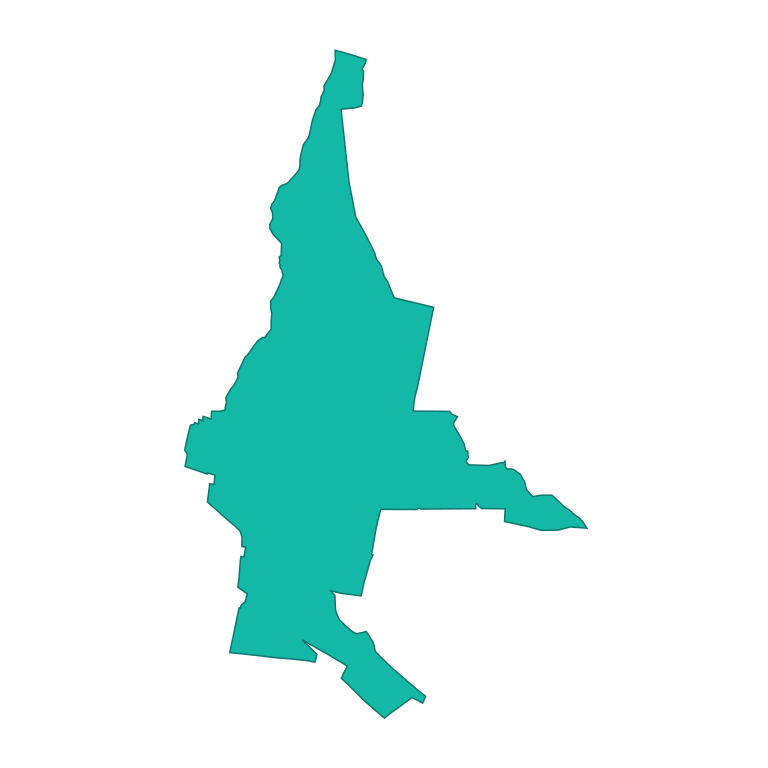 Chicoloapan, México, Mexico (Albers equal-area conic projection), rotated 269°
{"feature_id": "50627088B10015093996053", "entity_name": "Chicoloapan", "entity_type": "district", "adm_level": 2, "iso_a3": "MEX", "parent_name": "Mexico", "parent_adm1": "México", "projection": "albers", "projection_center": [-98.886, 19.397], "detail": "fine", "context": "isolated", "style": "filled", "palette": "teal", "viewbox_px": 768, "rotation_deg": 269, "n_neighbors": 0, "source": "geoboundaries", "source_scale": "gbopen_adm2", "svg_char_len": 5787}
<svg xmlns="http://www.w3.org/2000/svg" viewBox="0 0 768 768"><g transform="rotate(269 384 384)"><path d="M718.5,341.0L708.7,341.0L698.8,337.7L695.9,336.9L687.3,331.8L683.0,329.2L678.7,329.4L671.8,325.9L669.5,325.9L663.9,324.4L659.1,320.7L651.4,317.9L649.2,317.1L640.7,315.1L636.4,314.2L631.8,312.9L624.5,307.4L610.8,304.0L603.7,303.7L599.9,303.0L595.4,299.4L586.3,290.9L584.3,285.0L582.1,282.6L576.4,280.5L568.9,277.6L565.8,275.0L561.8,273.7L557.5,275.4L551.6,275.8L545.5,272.6L541.3,272.6L538.4,274.2L535.5,275.8L527.2,283.4L526.0,284.0L525.2,284.1L523.7,283.9L521.1,283.7L518.2,283.6L515.4,283.4L515.1,283.8L514.7,283.9L514.4,283.8L514.3,283.7L513.2,281.8L513.0,281.6L512.8,281.5L512.6,281.5L512.3,281.5L511.8,281.5L511.7,281.5L510.1,282.1L508.0,281.6L506.6,281.3L504.8,282.6L503.7,281.9L503.3,281.9L501.7,282.6L500.6,283.2L499.7,283.8L499.0,284.1L498.8,284.1L498.6,284.2L498.3,284.2L497.2,284.2L494.8,285.0L494.1,285.0L493.6,284.9L493.0,284.8L491.8,284.2L491.1,283.8L490.3,283.3L488.7,282.7L487.7,282.5L486.1,281.9L484.4,281.1L472.7,275.4L468.8,272.1L460.8,272.1L456.6,273.0L447.0,272.2L440.6,272.1L439.0,270.7L432.8,265.7L432.5,263.0L431.0,260.9L429.1,258.2L420.0,251.4L415.4,248.0L412.7,245.2L407.0,242.5L397.4,237.7L393.5,238.3L385.9,234.3L381.3,230.4L373.0,225.6L368.2,226.2L365.9,225.5L364.0,225.0L361.3,224.6L360.3,224.1L360.3,221.7L359.6,220.4L359.8,211.2L357.3,210.9L352.0,210.5L354.8,202.6L354.4,202.5L351.7,202.3L350.4,202.3L351.9,198.1L347.2,197.9L348.6,194.0L347.1,193.6L346.2,189.7L334.6,186.6L333.0,186.2L331.6,185.9L330.6,185.6L329.6,185.4L321.8,183.7L320.6,183.9L318.8,185.3L316.7,186.1L305.1,183.6L300.3,196.8L297.0,205.6L298.3,205.8L298.2,205.9L296.0,213.1L296.0,213.3L294.9,213.2L286.7,212.4L287.2,208.1L278.1,206.7L269.1,205.4L262.8,212.3L256.2,219.5L256.2,219.3L251.7,224.4L249.1,227.3L244.3,232.8L239.7,237.4L238.6,237.7L237.4,238.2L236.0,238.7L235.1,238.8L234.5,239.1L234.1,239.3L233.8,239.3L232.5,239.3L231.7,239.3L231.4,239.3L230.1,239.2L224.0,239.0L223.3,242.9L221.8,242.6L213.7,241.0L214.0,237.9L209.2,237.1L208.9,237.2L196.4,236.0L191.0,235.5L190.5,235.4L183.5,234.3L182.0,236.2L176.5,243.7L168.7,241.4L168.5,241.2L166.3,238.5L165.6,237.8L165.3,237.3L164.7,237.0L163.4,236.8L162.6,236.6L162.7,235.2L151.7,232.7L148.1,231.9L143.1,230.7L136.1,229.2L132.3,228.4L126.0,226.8L120.1,225.5L118.1,225.1L117.9,226.8L117.4,230.9L117.1,233.7L116.9,235.6L116.6,238.2L115.5,246.3L115.3,247.8L115.2,249.0L114.5,253.8L114.4,255.1L113.7,260.0L112.1,272.1L110.7,286.3L108.6,303.6L108.2,305.5L108.1,305.8L107.9,306.1L107.8,306.3L107.2,310.1L107.3,310.3L108.2,310.5L114.9,312.2L115.1,312.0L117.9,309.2L121.3,305.9L123.9,303.3L128.2,298.9L129.7,297.7L127.2,301.9L125.7,304.3L124.6,306.3L119.6,314.7L118.9,315.8L116.6,319.8L113.6,324.9L113.4,325.2L111.2,328.7L108.9,332.3L105.8,337.4L102.7,342.3L102.4,342.3L98.7,340.3L93.7,337.6L90.5,336.2L88.0,338.8L86.1,340.8L85.5,341.4L82.9,344.0L78.8,348.0L78.0,348.8L75.3,351.4L70.8,355.8L65.6,361.0L62.9,364.1L62.2,364.9L61.5,365.7L60.3,367.0L59.9,367.4L55.4,372.4L54.6,373.3L54.3,373.7L52.6,375.6L51.0,377.4L49.5,379.2L50.2,378.8L51.4,380.4L56.2,386.8L57.5,388.7L58.6,390.4L60.5,393.2L62.6,396.1L63.6,397.5L66.9,402.1L67.3,402.8L70.1,406.5L64.3,417.1L71.0,420.2L75.7,414.4L77.3,412.4L78.3,411.2L82.2,407.1L82.8,406.2L85.5,403.1L89.4,398.9L90.0,398.3L90.7,397.5L92.8,395.0L96.7,390.7L99.2,387.9L104.0,383.0L105.8,381.2L107.4,379.6L108.6,378.5L111.7,375.4L113.4,373.8L116.5,370.7L118.3,370.3L120.9,369.9L121.2,369.9L123.4,369.3L125.9,368.4L128.0,367.4L128.4,367.1L131.3,365.4L133.4,364.1L136.8,361.9L136.4,360.1L136.0,358.3L135.8,357.4L135.3,354.8L134.9,353.0L134.9,352.1L135.9,350.0L136.9,348.2L141.3,343.0L144.6,339.7L149.1,335.3L150.9,334.4L153.7,333.3L156.8,332.2L158.4,331.7L160.0,331.5L161.6,331.5L162.3,331.5L166.2,331.4L173.1,331.3L178.1,327.3L175.1,339.3L175.0,340.2L174.9,340.8L174.4,344.7L173.8,349.2L173.5,350.8L172.6,357.5L180.4,359.3L182.9,359.8L184.4,360.2L186.7,360.8L188.9,361.4L189.5,361.8L192.3,362.6L194.3,363.2L200.6,365.1L201.0,365.2L208.2,367.4L208.9,367.7L210.0,368.5L210.9,368.9L211.5,369.2L213.3,370.0L213.6,368.6L233.3,372.3L240.3,373.7L247.1,375.4L258.7,378.6L258.1,406.9L258.1,409.4L258.0,411.4L257.9,414.8L258.4,415.4L259.0,416.0L259.1,416.5L259.0,417.2L258.5,418.3L258.4,419.0L258.3,420.9L258.1,435.6L257.7,473.6L260.5,473.4L261.5,473.5L262.2,473.7L262.7,474.3L262.0,475.5L260.8,476.1L259.8,477.0L258.5,478.6L257.8,479.7L257.1,503.0L244.6,502.1L244.4,502.1L238.7,526.4L234.9,538.9L234.9,555.6L237.8,567.8L236.3,584.4L242.5,580.6L247.0,576.6L248.7,573.9L251.8,570.2L255.0,566.9L257.7,562.5L263.6,556.6L269.8,550.0L270.1,541.5L269.8,536.9L268.8,530.8L275.2,525.1L277.5,524.3L283.6,522.9L291.6,518.5L296.2,512.1L296.9,509.7L296.8,505.7L298.9,504.0L304.8,503.6L303.4,502.3L303.2,500.0L300.7,487.3L301.7,467.1L304.5,465.0L305.0,464.8L305.3,464.8L305.7,464.9L308.5,466.7L309.2,467.2L310.5,466.8L313.8,466.6L315.5,466.5L315.7,464.6L322.8,463.0L329.0,460.0L336.9,455.4L340.9,453.1L343.6,452.9L345.0,453.5L346.6,454.8L350.0,456.9L352.0,452.4L352.3,451.8L355.5,448.8L356.4,412.6L361.0,413.3L364.9,413.7L367.2,414.1L370.6,414.8L372.2,415.1L373.5,415.5L375.1,415.9L376.8,416.4L378.2,416.9L388.3,419.2L398.5,421.4L413.3,424.7L422.6,426.7L431.9,428.8L441.2,430.9L450.5,432.9L459.8,435.0L464.9,415.5L467.3,405.9L470.0,395.7L475.4,393.6L486.2,389.4L491.4,386.0L502.3,383.4L508.9,378.6L515.1,377.0L520.5,374.5L531.2,369.4L542.0,363.7L551.4,358.7L561.4,356.9L566.4,356.1L576.4,354.3L586.4,352.5L595.5,351.7L604.7,350.9L613.8,350.0L623.0,349.2L632.1,348.4L641.2,347.5L650.4,346.7L659.5,345.9L660.5,358.8L662.2,366.3L665.6,367.3L674.0,368.3L682.9,367.4L689.9,368.6L696.8,369.0L699.5,367.6L705.4,371.1L708.8,371.8L711.2,364.7L716.6,348.2L717.7,343.7L718.5,341.0Z" fill="#14b8a6" stroke="#0f766e" stroke-width="1.5"/></g></svg>